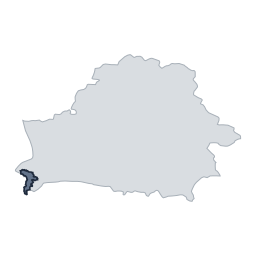 location of Brest, Brest, Belarus
{"feature_id": "67162791B30498032594927", "entity_name": "Brest", "entity_type": "district", "adm_level": 2, "iso_a3": "BLR", "parent_name": "Belarus", "parent_adm1": "Brest", "projection": "robinson", "projection_center": [23.755, 51.901], "detail": "fine", "context": "in_parent", "style": "filled", "palette": "slate", "viewbox_px": 256, "rotation_deg": 0, "n_neighbors": 0, "source": "geoboundaries", "source_scale": "gbopen_adm2", "svg_char_len": 7371}
<svg xmlns="http://www.w3.org/2000/svg" viewBox="0 0 256 256"><path d="M220.1,176.0L215.6,175.8L210.2,175.9L207.2,177.6L203.9,176.8L201.6,177.7L196.4,182.3L194.4,184.7L192.5,188.5L191.4,191.3L192.2,193.3L193.3,195.1L193.6,197.0L194.1,198.6L192.8,199.7L192.1,201.3L189.8,201.0L187.0,199.5L186.3,197.2L184.1,195.7L182.7,194.9L180.3,194.8L176.6,195.5L171.8,196.0L168.2,196.2L166.2,197.0L163.3,197.8L162.1,196.8L160.4,194.3L158.9,191.8L158.0,190.7L157.1,190.4L156.2,190.4L155.0,191.2L154.2,192.0L151.2,193.0L149.9,193.9L148.5,196.2L147.5,196.1L146.4,195.5L145.2,192.9L143.6,192.3L141.0,192.3L137.8,191.7L135.2,190.9L134.2,191.1L132.7,192.2L131.1,192.4L127.4,191.4L126.7,191.9L124.7,194.7L123.7,194.9L123.1,194.5L123.4,192.0L121.2,191.1L117.7,191.0L115.2,191.4L113.9,191.3L113.3,190.8L110.2,186.6L108.5,186.3L105.6,186.5L101.3,186.0L96.4,185.1L93.7,184.7L92.2,183.8L89.2,183.5L81.0,181.7L77.7,181.4L72.8,181.4L65.3,181.0L60.5,181.2L58.3,181.8L55.7,182.1L46.9,182.6L43.7,183.1L42.8,184.0L41.7,185.9L38.1,189.2L34.5,191.4L33.9,191.6L31.8,190.5L30.0,190.1L28.0,189.9L26.6,190.3L25.7,190.9L25.8,193.4L25.6,193.7L24.0,190.6L24.1,187.9L25.0,186.3L26.1,184.9L25.6,182.7L26.7,179.9L26.7,177.9L26.3,177.0L25.4,176.0L23.1,174.8L22.1,174.0L19.0,172.8L15.9,171.3L15.4,170.4L15.5,169.8L16.1,168.9L18.4,166.1L21.0,163.5L22.6,162.4L31.3,159.0L32.6,157.8L33.0,155.8L32.8,151.7L32.3,148.0L31.6,145.5L30.0,140.7L25.5,130.7L22.8,120.4L24.6,121.1L28.7,121.3L31.9,120.6L33.6,120.5L35.1,120.7L39.4,120.1L40.5,121.0L42.4,121.9L46.2,120.7L49.5,119.2L53.0,119.4L53.5,118.7L54.3,115.0L55.3,114.2L59.5,114.6L61.0,113.9L62.6,112.1L65.0,111.0L67.1,111.0L69.2,109.8L70.2,110.6L70.7,112.1L70.1,113.3L70.4,113.8L71.8,114.4L74.4,114.4L76.0,113.9L76.3,113.2L76.3,111.9L75.9,110.8L74.8,109.8L72.8,109.3L71.4,109.2L71.2,108.6L71.6,107.2L72.8,104.7L74.3,102.4L75.3,101.6L75.4,100.8L75.2,99.4L75.1,96.9L76.5,93.4L78.3,90.8L80.7,90.0L83.7,89.5L85.6,88.3L86.5,86.9L87.3,84.7L88.2,84.3L95.5,84.6L96.5,82.4L97.1,81.8L98.5,81.1L99.4,80.4L99.1,79.8L97.2,79.4L92.9,79.0L92.0,78.3L92.3,77.5L93.4,75.2L94.4,72.3L94.9,70.1L95.0,68.8L95.6,68.4L99.1,68.0L100.2,67.5L103.2,64.5L105.5,64.0L111.5,64.7L114.2,64.7L117.7,64.9L117.9,64.6L119.1,61.6L124.8,56.7L127.9,55.1L129.9,54.7L130.6,54.8L133.8,57.3L134.5,57.4L136.6,56.4L140.2,56.3L141.9,57.2L144.4,60.3L145.7,60.7L149.2,58.9L151.1,58.3L152.4,58.4L159.1,60.8L159.6,61.6L159.7,62.5L158.8,65.3L160.3,67.1L161.9,68.3L165.2,66.3L166.5,65.8L167.9,65.7L169.7,65.0L171.0,63.9L172.2,63.5L174.7,63.8L179.1,63.5L184.3,65.2L184.8,65.8L187.5,67.8L188.4,68.8L189.3,69.1L190.7,70.1L192.6,70.7L193.9,70.5L194.5,70.9L195.1,71.6L195.2,72.9L195.2,76.7L193.4,78.7L193.2,79.4L193.4,80.2L194.9,81.8L196.9,84.3L197.4,85.8L197.5,86.9L195.1,90.2L194.2,91.0L193.7,92.6L193.5,94.3L193.7,94.9L198.1,97.6L201.4,99.0L202.1,99.7L202.2,100.2L200.6,103.0L200.5,103.8L203.1,104.9L204.6,106.8L206.0,109.8L208.6,112.7L217.9,116.9L218.8,117.7L219.1,118.6L218.9,120.6L217.4,124.4L219.0,124.9L223.0,124.8L228.0,125.2L234.0,127.9L234.1,129.1L233.5,130.2L234.0,131.3L234.7,132.3L239.9,135.3L240.5,136.2L240.6,137.6L240.6,138.7L239.2,138.9L237.6,139.4L235.1,140.7L234.2,142.5L230.2,145.0L227.7,146.1L225.6,146.2L220.7,145.6L218.9,144.4L218.2,143.3L216.3,142.8L213.8,142.7L210.4,142.9L209.7,143.3L209.2,144.7L207.8,147.0L206.9,148.4L211.4,153.0L213.7,155.0L214.5,156.1L214.5,157.0L213.5,158.0L213.7,160.0L216.0,162.6L215.3,163.0L215.2,166.2L215.4,169.6L216.0,170.5L217.2,171.2L218.2,172.4L220.0,175.3L220.1,176.0Z" fill="#d9dde1" stroke="#a8b0b8" stroke-width="1"/><path d="M37.3,178.4L37.2,178.3L37.1,178.2L36.9,178.1L36.9,177.9L37.0,177.8L37.2,177.7L37.1,177.4L36.9,177.3L36.6,177.3L36.4,177.4L36.2,177.2L35.9,176.9L35.7,176.7L35.2,176.7L35.0,176.9L34.8,176.9L34.6,177.0L34.4,177.0L34.1,177.0L33.9,176.9L33.7,176.8L33.5,176.7L33.4,176.6L33.4,176.4L33.5,176.3L33.5,176.2L33.8,175.8L33.9,175.7L34.0,175.5L34.0,175.4L34.0,175.2L33.9,175.1L33.7,175.0L33.5,174.9L33.5,174.7L33.4,174.4L33.1,174.4L32.9,174.2L32.8,173.9L32.8,173.7L32.8,173.3L32.9,173.2L32.9,172.9L32.9,172.7L32.8,172.4L32.7,172.4L32.5,172.6L32.4,172.7L32.2,172.9L32.2,173.0L31.9,172.9L31.7,172.7L31.7,172.4L31.6,172.2L31.4,172.1L31.2,172.1L30.8,172.1L30.6,172.1L30.4,172.0L30.2,172.0L29.9,172.1L29.6,172.1L29.3,172.0L29.2,171.9L28.8,171.9L28.6,171.9L28.5,171.7L28.4,171.5L28.1,171.5L28.1,171.4L28.0,171.2L27.9,171.1L27.7,171.0L27.7,170.9L27.6,170.7L27.3,170.7L27.2,170.8L26.8,170.9L26.7,170.9L26.6,171.0L26.3,171.1L26.2,171.1L26.1,170.9L26.1,170.6L26.3,170.4L26.3,170.2L26.2,170.0L25.9,170.0L25.7,170.1L25.4,170.2L25.2,170.2L25.1,170.3L24.9,170.5L24.7,170.5L24.5,170.4L24.5,170.2L24.3,169.7L24.2,169.7L23.9,169.8L23.8,170.0L23.7,170.1L23.4,170.1L23.2,170.0L23.1,169.9L22.9,169.7L22.7,169.6L22.5,169.8L22.3,169.8L22.2,169.8L22.0,170.0L21.9,170.0L21.7,170.0L21.6,170.3L21.7,170.5L21.3,170.7L21.1,170.7L20.9,170.7L20.7,170.7L20.6,170.8L20.4,170.8L20.5,171.0L20.8,171.2L20.8,171.3L20.6,171.4L20.5,171.6L20.6,171.8L20.7,172.0L20.8,172.2L20.9,172.3L20.8,172.7L20.8,172.8L20.8,173.2L20.7,173.7L20.9,173.9L21.0,174.1L21.3,174.1L21.6,174.1L21.8,174.0L22.1,174.0L22.4,174.0L22.6,174.0L22.8,174.1L22.9,174.3L22.9,174.6L22.9,174.8L23.2,174.9L23.5,174.9L23.6,175.5L23.9,175.5L24.2,175.6L24.3,176.0L24.5,175.8L25.1,175.8L25.6,175.9L25.8,176.3L25.9,176.6L26.1,176.7L26.4,176.9L26.6,177.2L26.5,177.5L26.7,177.9L26.9,178.2L26.8,178.5L26.8,178.8L27.0,179.0L27.3,179.3L27.4,179.6L27.2,179.8L27.0,180.0L27.0,180.5L26.9,180.6L26.5,180.7L26.3,181.0L26.4,181.4L26.1,181.7L25.9,181.8L25.9,182.1L26.0,182.4L26.1,182.6L26.1,182.9L25.9,183.1L25.8,183.6L25.7,183.8L25.6,184.1L25.5,184.4L25.7,184.5L26.0,184.8L26.1,185.0L26.3,185.3L26.3,185.6L26.2,186.0L25.9,186.2L25.8,186.3L25.3,186.4L25.4,186.7L25.1,186.8L24.7,186.7L24.3,187.0L23.9,187.3L23.9,187.6L24.0,187.9L24.1,188.1L24.3,188.3L24.3,188.9L24.2,189.2L24.2,189.8L24.0,190.2L24.0,190.5L24.2,190.8L24.0,191.3L24.0,191.6L24.2,191.8L24.3,192.0L24.6,192.3L24.6,192.6L24.8,192.9L24.7,193.1L24.6,193.3L24.6,193.5L24.8,193.7L24.9,193.8L25.3,193.8L25.7,193.8L25.9,193.9L26.0,194.1L26.0,194.3L26.2,194.5L26.7,194.6L27.0,194.4L27.1,194.2L27.1,193.9L26.9,193.6L26.5,193.1L26.7,192.7L26.8,192.5L26.9,192.2L27.0,192.0L26.6,191.9L26.2,191.7L26.0,191.1L26.3,190.9L26.6,190.5L26.9,190.4L28.0,190.1L28.6,190.0L29.1,189.8L29.5,189.7L29.9,189.8L30.0,189.4L29.9,189.1L29.9,188.8L29.9,188.5L29.8,188.1L29.8,187.9L29.8,187.5L29.8,187.2L30.0,186.9L30.4,186.6L30.5,186.4L30.7,186.2L30.8,186.1L30.9,185.8L31.0,185.7L31.3,185.6L31.5,185.9L31.6,186.0L31.6,186.3L31.9,186.4L32.1,186.4L32.3,186.3L32.4,186.1L32.4,185.9L32.4,185.7L32.3,185.4L32.3,185.2L32.2,185.2L32.0,184.9L31.9,184.9L31.6,184.9L31.4,184.9L31.2,184.7L31.0,184.4L30.9,184.4L30.9,184.2L31.0,184.0L31.0,183.9L31.2,183.7L31.3,183.6L31.5,183.4L31.8,183.4L32.0,183.4L32.3,183.2L32.5,182.9L32.9,182.8L33.0,182.7L33.3,182.3L33.2,182.2L33.0,181.9L33.0,181.7L32.9,181.6L32.8,181.4L32.7,181.3L32.5,181.2L32.5,180.9L32.4,180.8L32.2,180.7L31.9,180.4L31.8,180.2L31.7,180.1L31.8,179.9L32.0,179.9L32.3,179.9L32.5,179.8L32.8,179.7L33.1,179.5L33.4,179.6L33.5,179.6L33.8,179.6L33.8,179.8L33.8,180.0L34.0,180.3L34.3,180.4L34.5,180.5L34.8,180.6L35.0,180.6L35.3,180.4L35.5,180.2L35.9,180.1L36.2,180.0L36.5,179.9L36.9,179.8L37.0,179.8L37.3,179.7L37.5,179.7L37.4,179.4L37.3,179.2L37.1,179.2L36.9,179.1L36.9,178.9L37.0,178.8L37.0,178.7L37.2,178.4L37.3,178.4Z" fill="#64748b" stroke="#1e293b" stroke-width="1.5"/></svg>